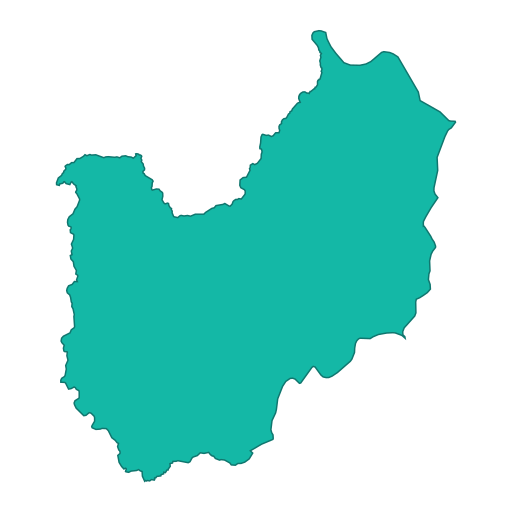 the district of Santiago de Pillaro, Tungurahua, Ecuador
{"feature_id": "8360857B6057709742750", "entity_name": "Santiago de Pillaro", "entity_type": "district", "adm_level": 2, "iso_a3": "ECU", "parent_name": "Ecuador", "parent_adm1": "Tungurahua", "projection": "robinson", "projection_center": [-78.483, -1.116], "detail": "fine", "context": "isolated", "style": "filled", "palette": "teal", "viewbox_px": 512, "rotation_deg": 0, "n_neighbors": 0, "source": "geoboundaries", "source_scale": "gbopen_adm2", "svg_char_len": 5934}
<svg xmlns="http://www.w3.org/2000/svg" viewBox="0 0 512 512"><path d="M119.1,462.4L121.6,466.5L123.9,469.0L125.3,468.2L126.1,468.5L126.3,469.2L125.5,471.4L125.9,471.8L128.7,472.3L131.1,471.1L136.5,470.5L138.6,469.6L140.3,470.9L142.1,471.5L142.4,476.2L144.7,481.3L145.7,480.5L146.6,481.0L147.5,480.5L149.7,480.9L151.5,479.6L154.3,480.1L154.7,479.5L154.5,478.2L154.9,477.7L155.7,477.9L156.9,476.4L160.8,475.9L161.2,474.6L163.6,473.9L163.8,472.2L165.4,472.6L167.0,470.0L168.1,470.0L168.3,469.0L170.2,466.4L170.0,463.6L172.5,463.0L172.9,461.4L176.0,461.3L177.9,460.7L188.2,462.7L190.0,461.7L192.0,458.0L193.2,457.0L197.3,455.6L200.3,452.8L204.0,453.4L208.7,452.4L210.7,455.0L211.5,455.2L212.1,456.0L213.6,456.1L215.4,458.5L219.6,460.1L221.0,459.6L224.5,460.0L229.8,462.9L231.3,464.9L235.4,465.2L237.8,463.5L241.1,463.4L244.8,462.1L249.2,458.9L252.7,453.1L250.3,450.8L261.5,444.2L272.9,439.4L273.2,438.4L273.0,434.9L271.7,432.7L270.9,429.7L272.0,420.6L275.6,412.9L276.4,409.4L277.7,398.8L282.6,386.3L285.8,381.4L290.2,378.4L292.7,378.2L295.1,379.1L299.4,383.3L300.7,383.0L311.9,367.4L313.2,366.4L315.1,367.0L321.0,375.1L323.1,376.9L326.2,377.6L328.8,377.5L332.1,376.1L337.6,372.4L350.4,361.2L351.9,359.1L354.5,352.5L354.7,348.0L355.5,343.4L356.8,340.7L358.6,338.8L360.1,338.2L370.2,338.6L373.0,336.8L378.4,334.5L386.7,333.0L392.7,332.7L395.2,332.9L400.6,334.9L402.3,335.7L405.1,338.2L404.8,336.6L402.9,334.8L402.7,331.7L404.2,327.8L414.7,316.1L415.9,312.9L415.7,301.9L416.3,299.2L419.7,297.7L423.9,295.0L427.3,292.6L430.4,289.1L430.1,284.4L428.4,279.6L428.9,273.9L430.0,270.9L429.6,260.9L431.1,254.3L432.7,251.1L435.5,247.5L435.6,246.2L434.2,242.2L432.0,238.9L430.7,236.2L425.0,227.4L423.7,225.8L423.4,226.0L423.3,222.8L423.5,221.3L425.9,216.6L431.1,207.7L437.9,197.7L435.0,194.0L433.9,190.9L434.0,187.7L437.7,170.4L437.1,157.4L444.9,136.6L447.7,130.8L448.9,129.4L451.3,127.9L455.5,122.2L455.1,121.3L450.6,121.1L448.8,120.6L440.0,111.9L420.1,100.6L418.3,92.0L397.9,56.9L393.2,53.9L389.7,52.5L383.8,51.7L381.6,52.4L370.8,61.6L366.0,64.0L359.9,65.3L350.3,65.1L343.9,62.7L335.8,53.3L330.9,46.7L328.1,41.2L326.9,38.5L325.7,32.5L321.1,30.9L318.9,30.7L314.3,31.7L313.0,32.9L311.9,35.4L312.1,39.3L317.3,45.5L318.5,47.9L318.8,49.9L319.9,51.4L320.0,52.5L321.4,53.4L320.4,55.4L320.9,57.3L319.8,60.9L320.4,63.2L320.3,65.0L321.1,67.6L321.8,68.0L321.9,69.6L321.2,71.3L321.9,72.5L320.0,79.1L318.9,79.4L318.7,80.2L318.0,80.3L317.5,81.5L317.5,84.8L316.0,87.1L315.1,87.3L314.7,88.8L314.2,88.7L310.8,91.5L310.1,91.5L309.2,93.5L308.1,93.0L307.0,93.2L304.9,91.9L302.8,92.0L300.6,93.4L299.5,94.7L299.5,95.6L298.9,96.0L298.7,98.5L300.2,102.4L298.4,102.7L297.3,103.4L292.4,109.0L291.6,111.0L290.1,111.6L289.7,113.3L288.5,114.0L286.7,117.5L285.8,118.4L283.9,118.7L282.4,119.9L281.4,121.9L281.6,123.5L279.7,124.9L279.0,126.5L279.1,128.6L279.7,130.3L279.0,132.7L275.6,132.8L273.1,135.8L271.3,136.5L268.5,135.1L266.2,135.4L262.8,134.3L262.1,134.6L261.0,137.1L260.6,143.0L259.8,146.9L259.9,148.7L261.4,149.1L262.0,151.1L261.9,152.7L261.3,154.1L261.1,158.5L257.4,163.3L254.7,164.6L252.8,163.6L250.3,165.2L250.2,167.6L249.5,168.7L250.1,170.2L246.5,177.2L243.1,177.6L240.1,180.0L239.8,185.3L240.8,187.7L244.4,189.7L245.2,190.9L245.2,193.7L244.6,194.8L241.3,199.0L238.8,198.6L237.4,199.5L235.8,199.4L234.0,200.6L233.1,201.5L232.1,204.2L230.1,206.2L229.0,206.0L224.8,203.5L223.0,204.4L216.0,205.6L214.2,207.8L211.8,208.4L205.6,212.4L203.8,214.2L195.3,214.2L190.5,216.2L187.5,215.5L184.0,216.0L181.1,215.4L179.9,215.8L177.8,217.6L174.1,216.8L173.6,216.4L172.1,212.8L172.2,211.1L171.3,209.6L171.5,208.5L170.3,207.8L168.9,205.6L168.5,203.5L167.5,203.1L165.1,203.9L163.9,203.0L162.0,199.8L162.8,196.2L162.7,193.2L162.3,192.4L160.0,190.7L159.0,189.2L156.3,189.0L152.4,190.1L151.8,189.7L151.4,187.5L152.0,186.5L152.3,182.5L153.0,181.6L153.0,181.0L152.1,179.7L145.2,175.6L144.2,173.7L143.1,173.0L142.9,171.4L144.5,169.9L144.6,168.2L143.5,166.1L143.2,164.0L141.3,161.7L141.8,160.1L140.9,158.2L141.7,156.5L141.5,155.8L140.5,155.0L139.3,155.0L138.7,154.2L136.8,153.7L135.7,153.9L136.1,155.7L133.3,158.2L131.3,157.1L127.8,156.7L125.7,155.8L121.9,156.2L119.8,157.8L116.9,156.9L114.7,157.3L108.3,156.7L105.8,156.9L103.8,157.7L95.8,154.8L91.4,155.1L89.9,154.5L86.9,155.7L85.0,154.7L83.5,156.3L79.9,158.5L77.0,158.6L73.9,162.6L71.6,162.6L69.2,164.6L67.4,164.5L65.3,166.0L65.1,166.5L65.9,168.1L65.7,169.3L63.8,171.2L63.6,172.6L62.4,173.5L61.6,175.4L58.3,178.0L56.5,182.8L56.6,184.7L59.3,185.4L59.8,183.9L62.3,183.4L63.4,182.7L63.7,181.9L64.5,181.7L66.1,183.6L69.8,184.6L71.2,182.0L71.8,181.7L73.9,184.2L76.2,185.8L75.9,186.6L76.8,188.7L76.8,190.1L75.8,191.7L75.7,192.4L76.9,193.8L79.6,199.0L79.6,200.2L77.1,206.7L75.0,209.1L73.0,213.8L69.3,216.7L67.8,219.6L67.5,222.3L68.0,225.1L68.7,226.1L70.8,226.8L71.2,227.7L71.0,228.9L70.2,229.8L70.5,232.6L73.6,234.3L73.9,235.2L73.6,239.4L71.4,244.1L72.5,247.4L72.5,248.6L71.3,251.0L72.0,254.7L70.3,255.5L70.9,259.0L73.3,261.7L74.0,266.3L76.4,270.5L75.8,274.0L77.7,275.3L77.8,276.3L76.6,279.7L77.3,281.6L74.4,281.5L72.2,284.4L68.6,285.8L67.2,288.3L66.7,290.5L67.3,292.8L69.7,294.9L70.6,297.5L71.3,301.9L72.1,303.2L71.8,306.6L73.0,308.7L74.3,314.6L73.9,316.5L74.6,326.7L74.2,327.7L71.3,329.8L70.0,332.9L63.4,336.2L61.6,338.2L61.1,341.0L61.9,342.7L64.2,345.3L63.4,348.2L63.9,351.0L64.7,351.6L67.1,351.8L67.3,352.3L66.9,355.8L68.0,360.2L65.7,365.5L66.3,369.1L65.1,375.5L64.4,376.6L61.7,378.3L60.8,380.2L60.8,382.2L64.5,382.4L65.5,382.9L68.6,389.1L71.1,388.6L74.1,387.0L75.4,387.7L76.3,389.3L78.8,390.6L79.2,391.7L79.2,397.6L78.7,398.4L75.0,400.7L74.1,403.0L74.5,404.7L76.2,408.2L83.8,415.7L86.0,415.3L88.7,413.0L89.9,412.7L91.2,413.3L94.2,416.3L94.6,417.8L94.6,421.2L92.1,425.5L91.7,426.7L92.2,427.8L95.9,429.4L100.1,429.1L102.1,428.4L106.3,428.6L108.3,430.6L111.8,437.7L115.2,440.3L117.1,442.7L118.5,443.4L117.6,446.6L118.8,450.0L119.8,450.9L120.1,452.6L119.9,453.6L117.8,455.4L119.1,462.4Z" fill="#14b8a6" stroke="#0f766e" stroke-width="1.5"/></svg>